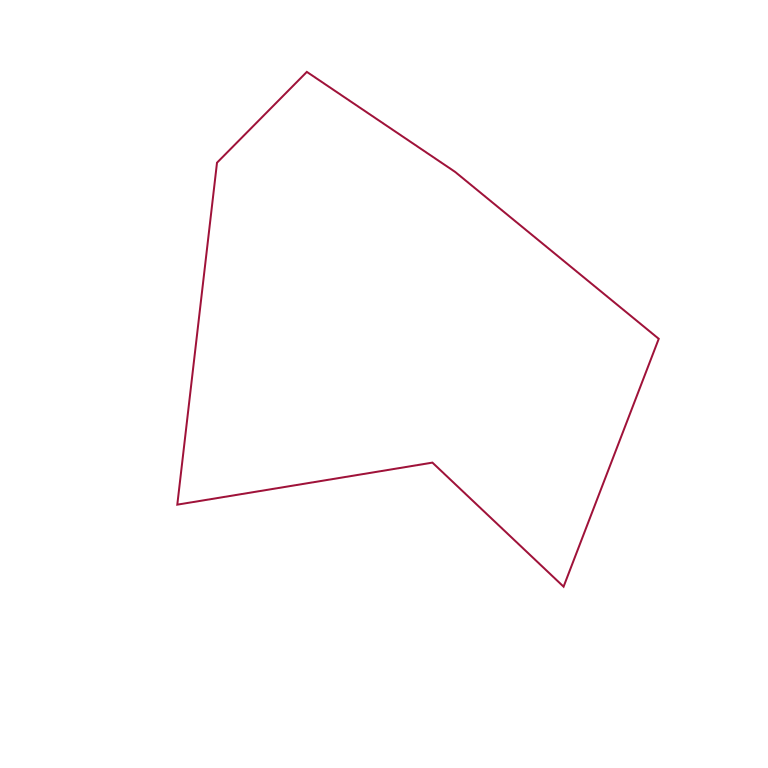 SVG path tracing the border of English River, rotated 304°
{"feature_id": "SYC-5213", "entity_name": "English River", "entity_type": "state/province", "adm_level": 1, "iso_a3": "SYC", "parent_name": "Seychelles", "parent_adm1": "", "projection": "orthographic", "projection_center": [55.454, -4.609], "detail": "fine", "context": "isolated", "style": "outline", "palette": "rose", "viewbox_px": 768, "rotation_deg": 304, "n_neighbors": 0, "source": "natural_earth", "source_scale": "10m", "svg_char_len": 262}
<svg xmlns="http://www.w3.org/2000/svg" viewBox="0 0 768 768"><g transform="rotate(304 384 384)"><path d="M599.6,145.5L599.6,324.3L575.1,586.5L316.4,646.2L345.9,468.1L168.4,280.1L474.1,121.8L599.6,145.5Z" fill="none" stroke="#9f1239" stroke-width="2"/></g></svg>